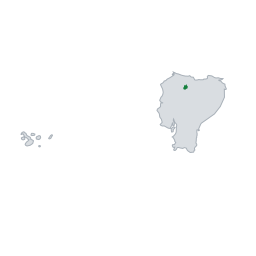 location of Pedro Moncayo, Pichincha, Ecuador, rotated 344°
{"feature_id": "8360857B86285248238237", "entity_name": "Pedro Moncayo", "entity_type": "district", "adm_level": 2, "iso_a3": "ECU", "parent_name": "Ecuador", "parent_adm1": "Pichincha", "projection": "albers", "projection_center": [-78.291, 0.06], "detail": "fine", "context": "in_parent", "style": "filled", "palette": "green", "viewbox_px": 256, "rotation_deg": 344, "n_neighbors": 0, "source": "geoboundaries", "source_scale": "gbopen_adm2", "svg_char_len": 4494}
<svg xmlns="http://www.w3.org/2000/svg" viewBox="0 0 256 256"><g transform="rotate(344 128 128)"><path d="M232.9,106.7L232.1,107.2L230.4,107.4L229.0,107.0L228.5,107.0L228.4,107.4L230.2,108.6L231.1,110.6L232.4,111.9L233.2,112.5L233.2,112.9L233.0,113.8L232.9,114.4L233.3,117.6L233.1,117.8L232.1,117.8L231.3,117.2L229.2,125.0L222.6,132.8L215.0,138.3L206.2,141.4L199.8,143.6L198.8,144.5L195.7,148.3L195.5,148.7L195.9,149.4L196.0,149.8L195.5,150.1L195.1,150.1L194.9,149.9L194.8,149.4L194.4,149.0L193.9,148.8L193.6,149.0L193.5,149.4L192.9,151.5L192.9,152.5L192.6,152.9L192.6,153.8L191.9,154.6L191.5,156.0L190.9,156.5L190.2,158.7L189.3,160.8L189.2,161.5L189.5,162.1L189.6,162.5L189.2,163.8L186.9,165.1L186.3,165.8L186.1,166.5L186.2,167.1L186.2,167.6L185.4,167.8L184.7,169.0L184.1,169.3L182.7,168.9L181.7,168.9L180.9,168.5L179.2,166.4L178.7,165.2L178.5,163.5L176.9,162.4L174.9,162.7L174.2,162.3L172.7,161.6L171.4,160.8L170.4,160.4L169.7,160.6L168.5,161.9L167.3,162.5L166.8,162.5L166.1,162.1L165.9,161.6L167.7,159.3L166.4,159.2L165.9,158.7L165.9,158.1L165.7,157.5L165.9,156.7L166.6,156.3L167.6,156.7L168.3,156.7L168.8,156.0L169.7,155.4L169.9,155.1L169.4,153.9L169.3,153.3L169.5,152.9L169.4,151.7L169.1,151.2L169.1,150.5L168.8,150.1L168.7,149.3L168.1,148.8L170.2,148.0L171.0,147.4L171.9,146.8L172.7,145.9L173.3,145.0L174.6,141.0L175.7,138.5L175.5,137.3L174.6,135.6L174.3,133.2L174.4,132.5L174.3,131.9L173.7,132.9L173.8,136.5L173.2,138.1L172.4,138.5L171.9,138.2L172.2,135.6L171.6,136.1L170.6,137.8L169.1,139.1L169.0,139.6L168.6,140.1L167.4,139.6L166.5,139.1L163.5,136.1L161.5,135.5L160.3,134.5L160.0,134.0L159.9,133.5L161.1,132.8L162.4,132.0L162.5,130.2L162.5,128.8L161.6,126.3L162.0,123.1L161.8,121.9L160.7,119.2L161.5,117.9L164.3,116.9L165.2,116.3L165.8,114.2L166.5,112.9L167.7,113.4L168.7,113.4L167.4,112.9L166.3,111.0L166.1,110.1L168.2,107.5L169.3,106.9L170.6,105.5L171.7,103.4L172.0,100.1L171.6,97.8L171.2,95.3L171.9,94.7L173.6,94.4L175.0,93.6L175.7,92.8L177.3,92.9L179.2,91.8L182.2,91.2L186.5,89.9L187.4,88.8L187.0,86.7L188.5,88.0L189.3,88.9L191.4,90.0L194.0,92.0L195.7,93.0L197.5,93.9L200.2,94.8L201.8,94.7L202.5,96.1L203.1,96.6L204.7,97.1L204.8,97.2L205.4,100.0L205.7,100.4L207.1,100.8L208.7,101.0L209.4,100.9L210.8,101.6L213.0,102.2L213.8,102.3L214.2,102.2L214.3,101.9L215.0,102.0L215.9,102.3L217.3,102.4L218.2,102.0L218.4,100.5L218.7,100.2L219.7,99.6L220.2,99.8L222.8,101.0L223.3,101.4L224.0,102.2L225.2,103.5L226.5,104.2L228.6,104.6L230.6,105.9L232.9,106.7ZM27.6,104.2L28.4,105.0L28.8,107.4L31.4,109.9L31.7,111.3L31.4,111.9L31.5,112.2L32.8,113.2L33.6,114.2L32.2,116.6L29.3,117.6L26.2,117.5L25.6,117.2L24.8,116.3L24.6,115.5L25.1,114.7L26.7,113.5L29.2,112.5L29.5,111.7L28.5,110.9L27.8,109.3L26.3,108.2L25.6,104.8L25.1,104.6L24.0,105.0L23.5,104.6L23.4,104.4L24.6,103.6L24.8,103.1L26.5,102.9L27.2,103.3L27.6,104.2ZM39.5,114.5L38.9,114.5L36.9,113.3L37.0,112.0L37.8,111.2L40.4,110.8L41.5,111.6L41.4,113.1L40.5,114.1L39.8,114.3L39.5,114.5ZM170.6,143.5L170.3,144.0L169.1,144.0L168.8,143.8L169.1,141.4L169.4,140.7L170.4,140.0L171.2,139.6L172.3,139.7L173.4,140.3L172.1,141.5L171.1,141.9L170.6,143.5ZM25.6,110.4L24.3,110.6L23.2,110.1L22.7,109.4L22.7,108.4L22.8,108.1L25.2,107.7L25.9,108.6L25.9,109.9L25.6,110.4ZM51.3,116.4L49.8,116.9L48.9,116.4L48.9,116.1L49.7,115.3L50.5,114.9L51.3,114.0L52.6,113.5L53.0,113.6L53.3,113.8L53.4,114.1L52.9,114.8L52.1,115.3L51.3,116.4ZM36.5,108.9L35.9,109.2L33.5,108.8L32.8,108.0L33.4,107.0L33.9,106.6L35.3,107.0L36.8,108.2L36.5,108.9ZM38.3,121.8L37.8,121.8L37.1,121.3L37.6,120.3L38.6,120.8L38.9,121.2L38.3,121.8ZM186.3,89.3L185.6,89.4L185.3,88.8L186.2,88.1L186.5,88.0L186.3,89.3Z" fill="#d9dde1" stroke="#a8b0b8" stroke-width="1"/><path d="M195.6,103.6L195.4,103.8L195.2,103.8L194.9,103.8L194.7,103.7L194.4,103.6L194.2,103.7L194.3,103.6L194.2,103.4L194.1,103.5L194.0,103.8L194.1,104.0L194.1,103.9L194.0,104.0L193.9,104.0L193.8,104.3L193.7,104.4L193.6,104.5L193.4,104.6L193.2,104.7L193.2,104.8L193.0,105.0L192.9,105.1L192.8,105.3L192.8,105.5L192.9,105.8L193.0,105.9L193.3,105.8L193.4,105.7L193.4,105.8L193.5,105.8L193.7,105.7L193.8,105.7L194.0,105.6L194.3,105.5L194.4,105.4L194.4,105.5L194.5,105.4L194.6,105.5L194.7,105.4L194.7,105.5L194.8,105.5L194.9,105.4L195.0,105.4L195.2,105.2L195.3,105.2L195.2,105.2L195.3,105.2L195.4,105.3L195.5,105.3L195.6,105.5L195.7,105.4L195.8,105.3L195.8,105.2L195.8,104.9L195.9,104.7L196.0,104.6L195.9,104.5L195.9,104.4L195.9,104.2L195.7,104.0L195.7,103.9L195.6,103.7L195.6,103.6Z" fill="#22c55e" stroke="#15803d" stroke-width="1.5"/></g></svg>